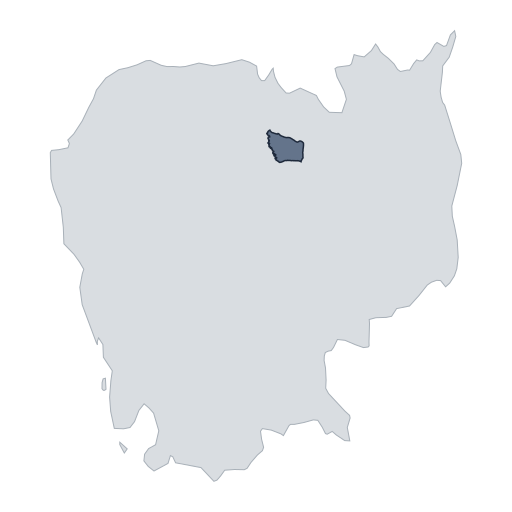 location of Chey Saen, Preah Vihéar, Cambodia
{"feature_id": "14789045B76871664968100", "entity_name": "Chey Saen", "entity_type": "district", "adm_level": 2, "iso_a3": "KHM", "parent_name": "Cambodia", "parent_adm1": "Preah Vihéar", "projection": "equal_earth", "projection_center": [105.306, 13.6], "detail": "fine", "context": "in_parent", "style": "filled", "palette": "slate", "viewbox_px": 512, "rotation_deg": 0, "n_neighbors": 0, "source": "geoboundaries", "source_scale": "gbopen_adm2", "svg_char_len": 7582}
<svg xmlns="http://www.w3.org/2000/svg" viewBox="0 0 512 512"><path d="M454.6,30.7L455.8,36.5L452.6,47.4L449.2,57.2L442.7,65.9L442.4,72.2L440.2,91.2L441.1,97.2L442.6,102.4L444.7,105.2L450.5,123.7L455.7,140.6L460.8,154.5L461.7,163.3L457.2,185.5L451.8,206.0L452.3,216.2L454.6,226.4L457.2,240.0L458.2,257.4L456.8,268.8L454.4,275.8L449.7,283.1L445.6,286.8L440.6,280.6L436.7,280.3L431.4,282.2L427.3,285.0L418.9,295.6L409.5,306.0L396.6,308.6L391.6,316.3L386.2,317.4L375.9,317.7L369.2,319.5L369.5,323.4L369.0,341.6L369.1,345.9L368.1,347.0L363.5,347.6L355.6,344.8L345.0,340.3L337.4,339.5L333.5,347.5L331.2,350.6L328.3,351.1L325.3,352.5L324.3,356.0L324.1,360.5L325.5,368.0L326.1,380.1L325.7,388.3L328.5,393.5L344.8,411.0L349.6,415.4L350.1,418.0L347.3,427.5L349.8,440.9L344.7,440.6L336.2,434.9L332.2,431.4L327.2,434.2L325.5,433.6L322.2,427.1L317.8,420.3L313.3,419.9L303.9,422.5L294.2,424.4L290.5,424.4L289.0,425.6L283.4,435.6L281.0,433.9L271.3,430.1L262.4,428.6L260.5,431.2L261.6,439.3L263.6,447.3L262.4,450.7L257.5,454.9L251.0,462.4L247.1,468.3L244.3,469.7L234.5,469.5L224.7,470.2L220.7,475.8L217.0,480.1L213.9,481.3L201.0,467.6L175.6,462.8L172.8,456.8L170.4,455.6L168.0,463.4L154.0,471.0L148.2,466.4L143.9,460.9L144.6,454.2L148.6,448.6L155.6,444.7L158.8,430.8L153.6,413.1L148.9,407.9L144.1,403.8L138.9,410.4L134.5,421.7L130.0,427.5L123.6,428.8L114.3,428.4L110.7,411.5L109.6,397.1L110.9,380.6L112.3,370.8L103.4,357.3L102.9,344.5L98.6,337.9L97.3,341.3L97.4,344.9L96.2,342.3L82.2,304.7L79.8,287.3L82.3,273.8L83.8,269.3L79.7,262.3L74.0,254.3L63.9,243.8L63.3,227.2L61.1,207.6L58.1,201.0L53.5,188.9L51.0,178.9L50.3,152.6L51.6,150.4L58.7,149.7L68.0,147.8L69.4,143.5L67.8,140.0L73.7,134.0L82.2,121.0L88.8,107.3L93.5,98.7L96.4,90.1L105.9,78.0L119.0,69.6L127.9,67.7L137.1,64.8L146.0,60.8L150.2,60.4L161.2,65.3L167.1,66.6L173.3,66.5L179.8,67.0L185.4,66.5L198.9,63.1L213.2,65.8L226.0,63.6L241.8,59.7L249.5,62.2L256.6,66.1L257.6,74.2L259.2,77.8L261.5,80.6L264.7,80.6L268.7,75.0L272.1,69.3L273.2,68.2L273.4,71.1L275.0,77.3L278.0,83.4L281.1,87.5L286.1,93.0L289.5,93.2L300.2,88.1L316.4,95.5L318.3,99.3L323.6,106.9L329.3,112.3L341.9,112.7L346.4,99.3L344.2,91.1L337.0,76.9L335.0,68.6L337.3,67.1L349.5,65.5L351.5,63.8L354.1,54.6L357.5,55.7L364.2,56.9L371.4,50.6L375.6,44.0L377.9,47.0L380.4,51.6L383.2,54.3L388.3,58.3L394.0,63.9L397.5,69.4L400.4,71.5L407.6,70.0L409.6,70.2L413.7,63.5L416.7,59.9L419.2,60.9L422.8,60.8L430.4,52.4L434.7,44.6L437.0,42.5L443.8,46.4L446.5,45.6L450.4,34.9L454.6,30.7ZM106.0,389.3L104.6,390.3L103.3,390.3L102.0,388.7L102.1,382.6L103.1,378.9L105.4,378.2L106.0,389.3ZM127.2,448.9L124.3,453.0L119.8,444.6L119.8,442.2L127.2,448.9Z" fill="#d9dde1" stroke="#a8b0b8" stroke-width="1"/><path d="M269.9,130.2L269.8,130.3L269.6,130.4L269.4,130.4L269.3,130.5L269.2,130.5L268.9,130.8L268.5,131.0L268.3,131.2L267.9,131.7L267.8,132.0L267.7,132.3L267.7,132.7L267.7,132.8L267.6,133.0L267.1,133.1L266.9,133.2L266.8,133.4L266.8,133.6L267.1,133.9L267.3,134.4L267.5,134.6L267.7,134.9L267.9,135.1L268.0,135.2L268.2,135.4L268.4,135.5L268.6,135.6L268.9,135.5L269.0,135.5L269.3,135.8L269.4,136.0L269.6,136.1L269.7,136.3L269.7,136.5L269.6,136.9L269.6,137.0L269.4,137.0L269.1,137.0L268.9,137.0L268.6,137.1L268.4,137.2L268.2,137.3L268.2,137.5L268.0,138.6L268.1,138.8L268.3,138.9L268.4,139.0L268.5,139.2L268.6,139.4L268.7,139.5L268.8,139.6L268.8,140.2L268.7,140.4L268.7,140.5L268.8,140.7L269.2,140.7L269.2,140.8L269.3,140.9L269.3,141.0L269.1,141.2L268.9,141.2L268.8,141.3L268.7,141.8L268.6,142.1L268.4,142.3L268.3,142.6L268.1,142.8L267.9,143.0L268.0,143.1L268.5,143.3L269.0,143.3L269.4,143.3L269.5,143.4L269.4,143.5L269.3,143.8L269.1,143.8L268.9,143.9L268.9,144.0L268.8,144.5L268.9,144.8L269.0,144.8L269.3,145.0L269.3,145.3L269.1,145.5L269.0,145.8L269.0,146.1L269.0,146.5L269.2,146.8L269.4,147.0L269.6,147.0L269.9,146.8L270.1,146.7L270.3,146.8L270.4,147.0L270.4,147.4L270.3,147.7L270.3,147.8L270.3,148.0L270.5,148.2L270.8,148.1L271.0,147.9L271.3,147.7L271.5,147.7L271.6,147.8L271.7,148.0L271.6,148.4L271.5,148.6L271.4,148.9L271.5,149.0L271.7,148.9L271.8,148.9L272.0,149.0L272.3,149.3L272.4,149.6L272.4,150.4L272.4,150.6L272.6,150.7L273.0,151.0L273.3,151.1L273.5,151.1L273.8,151.3L273.8,151.5L273.7,151.6L273.6,151.9L273.3,152.1L273.0,152.3L272.9,152.4L272.8,152.6L272.8,152.9L272.8,153.1L272.9,153.3L273.1,153.7L273.4,154.0L273.5,154.1L273.8,153.8L273.9,153.7L274.1,153.6L274.3,153.7L274.3,153.9L274.4,154.3L274.3,154.6L274.1,154.9L274.0,155.1L273.9,155.2L273.9,155.3L274.0,155.6L274.4,155.4L274.4,155.2L274.6,155.2L275.1,154.7L275.3,154.4L275.5,154.5L275.8,154.8L275.8,155.0L275.6,155.3L275.4,155.5L275.2,155.8L274.9,156.3L274.9,156.6L275.0,156.7L275.1,156.8L275.3,157.1L275.5,157.2L275.8,157.3L276.2,157.4L276.3,157.4L276.5,157.4L276.6,157.5L276.7,157.9L276.4,158.1L276.2,158.2L276.2,158.4L276.1,158.6L275.9,158.7L275.7,158.3L275.6,158.2L275.4,158.1L275.2,158.2L275.1,158.3L275.1,158.6L275.3,158.8L275.5,158.9L275.5,159.1L275.8,159.3L276.0,159.4L276.3,160.0L276.3,160.3L276.6,160.3L276.9,160.4L277.0,160.4L277.1,160.5L277.4,160.9L277.6,161.0L277.8,161.1L278.0,161.1L278.2,161.3L278.4,161.5L278.5,161.6L278.9,161.9L279.1,162.1L279.3,162.3L279.5,162.4L279.9,162.3L280.0,162.3L280.3,162.3L280.7,162.3L280.9,162.2L281.0,162.2L281.4,162.1L281.6,162.0L281.8,162.0L282.1,161.8L282.4,161.7L282.5,161.6L283.0,161.5L283.1,161.4L283.5,161.2L283.8,161.1L284.2,160.8L284.4,160.7L284.8,160.6L285.9,160.5L286.2,160.5L286.5,160.6L286.9,160.6L287.2,160.5L287.5,160.3L287.8,160.3L288.1,160.4L288.5,160.4L288.8,160.5L289.1,160.5L289.6,160.4L289.9,160.4L290.2,160.5L290.6,160.5L290.9,160.6L291.3,160.7L291.6,160.7L292.0,160.6L292.4,160.6L292.8,160.6L293.2,160.7L293.6,160.7L293.9,160.6L294.1,160.7L294.8,160.7L295.4,160.8L295.7,160.7L295.9,160.7L296.3,160.8L296.5,160.8L296.9,160.7L297.0,160.7L297.3,160.8L297.5,160.8L297.5,160.7L298.0,160.7L298.5,160.8L299.6,161.1L300.4,161.4L300.7,161.5L300.9,161.6L301.0,161.7L301.1,161.4L301.2,161.2L301.1,160.8L301.2,160.6L301.4,160.5L301.5,160.3L301.6,160.1L301.8,159.8L301.9,159.6L301.9,159.4L302.0,159.1L302.5,158.6L302.7,158.4L302.8,158.2L303.0,157.8L303.0,157.4L303.0,157.1L302.9,156.6L302.9,155.5L302.9,155.2L302.9,154.8L302.9,154.7L302.9,154.2L302.7,152.6L302.7,152.2L302.9,151.4L302.9,151.2L303.0,151.0L303.0,150.8L303.0,150.4L303.0,149.5L303.1,149.0L303.1,148.6L303.2,148.2L303.3,147.3L303.4,147.0L303.4,146.8L303.4,146.7L303.4,146.1L303.5,145.5L303.5,144.6L303.5,144.0L303.5,143.6L303.4,143.0L302.9,142.5L302.7,142.3L302.5,142.1L301.9,141.6L301.7,141.5L301.5,141.4L300.7,141.1L300.4,141.0L300.2,141.0L299.9,141.0L299.7,141.0L299.2,141.2L299.0,141.4L298.8,141.5L298.6,141.6L298.4,141.7L297.8,142.0L297.6,142.1L297.3,142.1L296.5,141.9L296.2,141.7L295.8,141.5L295.4,141.3L294.5,140.6L293.9,140.1L293.5,139.9L292.8,139.5L292.5,139.3L292.2,139.1L291.7,138.7L291.4,138.6L290.5,138.1L290.0,137.8L289.7,137.7L289.3,137.6L289.0,137.6L288.3,137.5L288.0,137.5L287.5,137.5L287.1,137.6L286.4,137.6L286.1,137.5L285.1,137.4L284.8,137.2L284.3,137.1L283.9,137.0L283.6,136.8L283.2,136.6L282.8,136.5L282.5,136.4L282.4,136.4L282.2,136.3L281.8,136.1L281.5,136.0L281.1,135.8L280.8,135.7L280.6,135.5L280.1,135.2L279.8,134.8L279.5,134.6L279.4,134.4L279.1,134.1L278.9,134.0L278.5,133.7L278.3,133.6L278.0,133.5L277.8,133.8L277.7,133.9L277.6,134.0L277.4,134.1L277.2,134.0L276.7,133.9L276.3,133.9L276.1,133.8L275.9,133.8L275.5,133.6L275.2,133.5L274.6,133.4L274.3,133.3L274.1,133.2L273.8,133.1L273.4,132.9L272.9,132.8L272.4,132.7L272.0,132.6L271.8,132.4L271.6,132.3L271.5,132.2L271.1,131.9L270.9,131.6L270.6,131.3L270.1,130.7L270.0,130.4L269.9,130.2Z" fill="#64748b" stroke="#1e293b" stroke-width="1.5"/></svg>